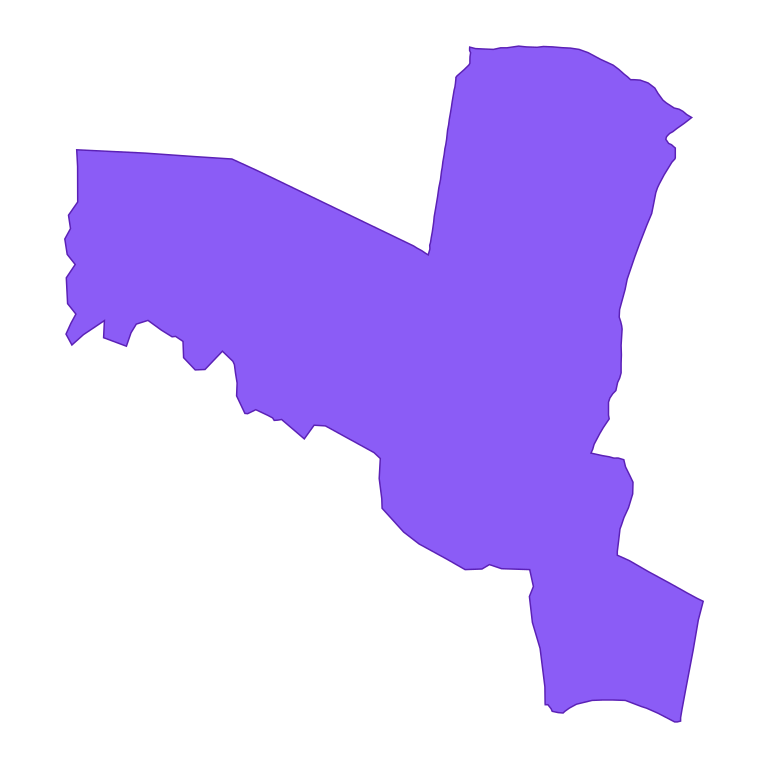 outline of Al-Kut, Wasit, Iraq
{"feature_id": "34846034B69182583813986", "entity_name": "Al-Kut", "entity_type": "district", "adm_level": 2, "iso_a3": "IRQ", "parent_name": "Iraq", "parent_adm1": "Wasit", "projection": "orthographic", "projection_center": [46.232, 32.471], "detail": "fine", "context": "isolated", "style": "filled", "palette": "violet", "viewbox_px": 768, "rotation_deg": 0, "n_neighbors": 0, "source": "geoboundaries", "source_scale": "gbopen_adm2", "svg_char_len": 3155}
<svg xmlns="http://www.w3.org/2000/svg" viewBox="0 0 768 768"><path d="M680.6,721.1L680.6,717.7L682.0,709.4L685.8,688.9L693.1,650.5L698.3,620.1L703.2,601.3L697.2,598.4L687.2,593.0L671.7,584.3L648.7,571.8L629.3,560.6L617.3,555.2L617.3,551.5L618.6,541.0L620.0,528.9L621.4,525.2L623.9,517.7L628.5,507.7L632.7,493.9L633.0,482.2L629.8,475.5L625.5,466.8L623.8,459.7L618.1,458.0L613.9,458.1L609.3,456.8L602.3,455.6L591.0,453.1L592.7,449.3L594.1,444.3L598.5,436.0L599.8,433.5L603.3,427.6L606.4,423.0L609.2,418.9L608.5,415.1L608.5,410.5L608.5,403.4L608.5,402.2L609.9,398.0L612.7,393.8L615.9,390.5L617.6,382.5L619.7,378.0L621.1,372.9L621.1,363.4L621.4,355.0L621.1,345.4L622.1,329.1L621.7,325.8L620.7,321.6L619.2,317.1L619.6,309.6L625.1,289.5L627.2,279.1L634.9,256.5L639.8,243.2L646.8,225.2L651.7,213.5L653.7,203.5L655.8,192.7L657.5,187.7L659.3,183.9L664.2,174.7L671.9,162.2L675.0,158.8L675.3,157.6L675.3,153.4L675.3,148.0L674.3,147.2L671.5,144.7L668.6,143.4L667.2,141.3L665.8,139.3L666.5,136.8L667.6,135.5L669.7,133.4L672.8,131.7L677.0,128.4L683.0,124.2L684.5,123.1L687.5,120.8L691.7,117.5L686.8,114.6L682.9,111.3L679.1,109.2L674.1,108.0L666.4,103.0L662.9,100.1L658.0,93.4L654.8,88.0L648.2,83.0L640.1,80.1L634.1,79.7L630.6,79.7L627.5,76.8L624.3,74.3L618.7,69.3L613.1,65.1L600.5,59.3L588.2,52.7L579.1,49.4L570.4,48.1L562.3,47.7L552.9,46.9L543.4,46.5L537.1,47.3L526.3,46.9L518.6,46.1L507.0,47.8L500.7,47.8L493.4,49.4L483.9,49.0L475.5,48.6L469.7,47.1L469.6,48.4L469.6,50.5L470.6,52.7L470.0,56.7L469.9,60.2L469.9,63.1L469.8,63.5L468.8,65.1L465.9,67.9L464.2,69.6L460.1,73.2L457.0,75.9L455.9,77.4L455.9,78.8L455.7,80.6L455.4,83.6L454.9,87.1L454.1,90.2L453.6,93.3L452.2,101.6L451.4,107.2L450.4,113.2L449.3,119.4L448.6,124.9L447.6,129.9L446.6,139.3L445.8,144.5L444.9,148.7L444.2,154.3L442.9,161.7L442.2,167.5L441.5,171.3L440.5,179.6L438.8,188.0L437.6,196.6L435.7,208.0L434.2,216.6L433.7,222.0L432.3,231.9L431.2,237.9L430.7,241.3L430.4,242.9L429.7,245.2L429.9,248.6L429.7,249.8L428.7,253.1L428.2,254.9L425.9,253.5L421.8,250.7L417.0,248.1L413.7,246.0L258.5,171.2L231.9,159.0L196.2,156.7L145.0,153.1L76.7,149.8L77.6,166.5L77.7,202.0L68.5,215.2L70.5,228.6L64.8,239.0L67.2,254.4L75.2,264.5L66.3,277.8L67.6,303.7L68.6,304.9L75.9,314.1L70.9,323.3L66.0,334.1L71.9,345.0L83.5,334.6L104.4,320.6L103.6,337.7L126.4,346.2L131.0,332.8L136.3,324.1L148.0,320.4L161.3,330.1L172.1,336.8L175.6,336.4L183.0,341.4L183.6,357.7L195.2,369.9L205.0,369.5L222.4,351.2L232.9,361.3L234.4,364.6L235.5,373.1L235.6,373.7L237.1,383.0L236.6,395.9L244.9,413.4L247.6,413.7L255.8,409.7L267.9,415.4L272.6,417.9L274.2,420.4L277.9,420.1L281.6,419.5L304.3,438.9L305.7,436.9L314.1,425.2L325.4,425.9L374.0,452.6L380.3,458.5L379.2,478.5L381.8,498.9L382.1,508.3L403.7,532.1L419.1,544.0L447.1,559.3L465.1,569.6L482.0,569.0L489.4,564.6L501.6,568.7L529.7,569.6L533.4,586.5L529.4,596.5L532.4,622.5L540.1,648.5L544.9,686.9L545.1,703.5L545.2,704.7L547.9,704.7L551.1,708.8L552.2,711.3L558.2,712.6L563.1,713.0L564.9,711.3L569.5,708.0L576.5,704.2L592.1,700.4L602.4,700.0L613.0,700.0L625.3,700.4L641.6,706.6L646.6,708.2L657.9,713.2L674.6,721.9L677.4,721.9L680.6,721.1Z" fill="#8b5cf6" stroke="#5b21b6" stroke-width="1.5"/></svg>